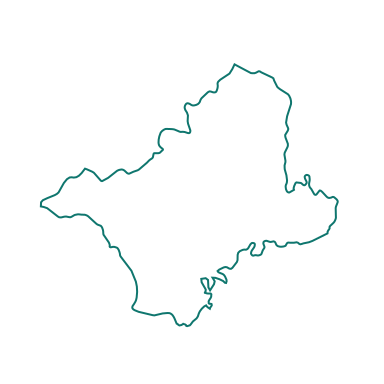 the Region of Ivano-Frankivs'k, rotated 101°
{"feature_id": "UKR-289", "entity_name": "Ivano-Frankivs'k", "entity_type": "Region", "adm_level": 1, "iso_a3": "UKR", "parent_name": "Ukraine", "parent_adm1": "", "projection": "natural_earth1", "projection_center": [24.645, 48.617], "detail": "fine", "context": "isolated", "style": "outline", "palette": "teal", "viewbox_px": 384, "rotation_deg": 101, "n_neighbors": 0, "source": "natural_earth", "source_scale": "10m", "svg_char_len": 6012}
<svg xmlns="http://www.w3.org/2000/svg" viewBox="0 0 384 384"><g transform="rotate(101 192 192)"><path d="M235.0,337.6L230.9,338.2L228.5,336.8L225.6,332.8L221.3,326.2L219.7,324.3L217.9,322.9L207.6,319.5L203.3,317.2L201.1,314.9L200.5,312.9L200.4,310.8L199.5,308.3L197.6,306.1L194.4,303.9L189.5,301.5L189.8,299.5L191.1,293.9L191.8,292.0L198.3,283.6L198.5,282.8L198.4,282.2L194.1,277.0L185.5,269.6L184.7,268.5L184.2,267.7L183.6,266.2L183.3,265.3L183.3,264.4L183.4,263.7L183.8,262.5L185.8,259.3L186.1,258.2L186.1,257.6L185.9,257.0L183.3,253.4L181.0,249.4L180.0,248.3L171.8,241.8L169.3,240.2L168.0,239.1L166.9,237.9L166.1,237.3L165.2,237.0L162.0,237.0L161.4,236.8L161.1,236.4L160.3,232.4L159.9,231.5L159.3,230.8L157.9,229.9L156.5,228.8L156.0,228.6L155.5,228.8L155.2,229.2L154.1,231.3L153.4,232.2L152.6,233.1L151.1,233.9L149.8,234.3L147.0,234.7L143.7,234.7L139.9,234.1L139.0,233.7L138.0,233.1L136.5,231.8L135.7,230.8L135.2,230.0L135.0,229.4L134.2,224.5L134.0,222.6L134.0,221.2L134.8,217.2L135.1,215.9L135.2,214.6L134.6,212.3L134.6,211.7L134.5,210.6L134.9,207.4L134.8,206.2L134.4,205.6L133.8,205.3L133.1,205.2L132.5,205.3L131.8,205.4L125.7,208.9L123.3,209.8L117.6,210.6L115.0,212.1L112.9,214.1L111.4,215.0L110.2,215.4L109.3,215.4L108.4,215.3L107.0,214.8L106.3,214.3L105.9,213.7L105.7,213.1L105.8,211.8L106.1,210.6L106.6,209.5L106.9,208.2L106.8,207.2L106.5,206.2L105.7,204.5L104.6,203.0L103.2,202.0L102.0,201.5L100.4,201.3L99.3,201.0L98.1,200.5L91.1,195.5L90.4,194.7L89.9,194.0L89.8,192.7L90.1,190.6L90.1,189.7L89.8,188.4L89.3,187.7L88.7,187.3L87.3,187.0L85.7,186.8L84.1,186.8L82.7,187.0L80.8,187.6L79.8,187.6L78.7,187.3L76.4,185.7L68.6,177.8L63.7,175.9L58.6,174.6L64.0,156.9L63.9,155.5L63.4,153.2L62.5,151.7L61.3,150.3L60.7,149.4L60.7,148.6L60.8,148.0L61.3,146.9L64.3,135.2L64.9,133.8L67.0,132.6L72.5,128.4L73.3,127.2L74.3,125.2L77.6,116.8L77.9,116.2L79.1,114.9L81.3,113.3L83.5,112.3L84.8,111.9L86.8,111.6L99.5,113.1L105.9,112.9L107.9,112.0L110.6,110.1L111.5,109.6L112.2,109.5L113.6,109.7L118.2,111.4L119.2,111.2L120.7,110.6L126.4,107.1L128.4,106.7L129.9,106.9L135.4,108.4L136.2,108.5L137.7,108.4L143.6,106.2L145.0,106.0L148.2,106.2L150.9,105.6L152.2,105.2L157.6,102.5L162.5,100.9L164.7,100.7L166.2,100.9L166.7,101.1L167.7,101.2L168.9,101.1L171.3,100.3L172.5,99.5L173.3,98.9L173.9,97.8L174.0,97.2L174.0,96.6L173.7,96.1L170.4,92.3L168.9,93.0L166.5,92.8L163.6,92.1L162.7,91.4L162.4,87.5L162.4,86.9L162.6,86.2L163.6,84.6L163.9,83.9L164.0,83.2L163.8,82.7L163.5,82.3L163.0,82.0L161.9,81.4L161.3,81.2L160.6,81.3L159.9,81.6L157.3,83.6L156.2,84.1L155.6,84.3L154.9,84.2L154.3,83.9L153.9,83.5L153.5,83.1L153.3,82.5L153.3,81.7L153.5,80.7L153.9,80.1L154.4,79.7L157.0,78.9L158.4,78.7L161.1,78.7L162.8,78.4L164.3,77.7L165.2,76.9L166.4,75.4L170.5,71.9L171.1,71.2L171.2,70.6L171.2,70.0L170.9,69.6L170.4,69.2L166.5,67.2L166.1,66.8L166.2,65.8L167.0,64.3L170.8,59.1L171.5,57.9L171.7,56.6L171.6,56.0L171.0,54.4L170.0,53.0L169.9,52.4L170.0,51.6L170.5,50.6L171.6,48.7L172.4,47.8L173.1,47.3L173.7,47.1L174.5,47.1L178.9,47.9L180.3,47.9L189.9,45.8L191.4,45.9L192.8,46.2L194.1,46.6L195.2,47.2L198.0,49.2L198.6,49.7L199.6,50.2L200.2,50.3L201.4,50.0L202.6,50.3L203.6,50.9L204.4,51.1L205.0,51.3L206.8,51.1L217.0,64.4L219.0,67.6L221.2,72.9L221.8,73.9L222.6,75.5L222.6,76.2L222.5,76.8L221.8,77.8L221.6,78.4L221.4,79.7L222.4,82.4L223.0,85.5L223.3,88.0L223.7,88.5L224.2,89.0L226.9,89.9L227.4,90.6L228.0,91.7L228.5,93.2L228.8,94.4L228.9,95.7L228.8,97.0L228.7,97.7L228.1,98.7L227.7,99.2L225.8,100.5L225.4,100.9L225.1,101.4L225.0,101.9L224.9,102.5L225.1,103.0L226.0,105.1L226.1,105.7L226.0,107.1L225.7,109.1L225.7,109.8L226.1,110.9L226.8,111.8L227.5,112.2L228.6,112.2L229.3,112.0L231.4,110.7L232.0,110.4L232.6,110.3L233.3,110.4L235.7,111.4L239.5,112.0L240.2,112.4L240.7,113.0L241.4,114.2L241.7,115.0L241.8,115.8L241.8,117.1L241.9,117.7L242.1,118.3L242.6,119.3L242.8,119.8L242.8,120.4L242.6,120.9L241.9,121.8L241.4,122.2L240.9,122.4L239.5,122.4L238.1,122.1L234.5,120.5L233.1,120.2L231.6,120.3L231.0,120.5L230.6,120.9L230.4,121.5L230.4,122.7L230.8,123.7L232.3,124.7L236.4,126.1L237.5,126.8L238.3,127.9L238.6,129.9L239.2,131.3L241.0,133.8L242.8,135.0L245.0,135.2L250.2,134.3L252.2,134.6L258.8,137.9L260.0,139.1L260.1,140.7L259.2,143.4L259.3,145.0L260.0,146.5L263.0,150.5L264.7,151.8L265.7,150.8L266.2,148.8L266.5,147.0L266.9,145.6L267.6,144.5L268.7,143.4L271.4,141.5L272.9,141.0L274.8,141.2L274.8,142.4L273.5,144.3L272.4,148.3L271.8,152.7L272.2,155.5L275.3,152.7L278.3,152.8L285.1,155.5L282.5,157.7L275.3,159.5L274.0,162.1L275.5,166.3L278.8,165.3L285.1,159.9L287.1,159.7L288.1,160.2L288.5,160.1L288.7,157.7L288.4,155.7L288.1,154.3L288.7,153.5L291.2,153.2L292.8,153.6L294.4,154.3L296.1,154.8L298.1,154.3L298.4,153.6L298.2,152.5L298.2,151.5L299.3,151.0L300.2,151.2L302.1,152.1L303.2,152.2L302.2,154.5L301.5,155.6L300.6,156.5L302.0,158.2L304.7,160.1L307.6,161.5L309.8,162.1L313.0,162.5L315.2,163.4L318.9,166.4L322.4,168.1L323.3,168.7L324.6,171.2L324.5,172.1L323.7,172.6L323.3,173.6L323.2,175.2L323.1,175.5L323.4,175.7L324.6,177.0L325.4,178.9L325.0,180.1L324.3,181.0L324.2,181.9L319.4,185.1L317.9,186.3L316.7,187.5L316.1,188.3L315.5,189.6L315.3,190.4L315.2,191.1L315.5,193.1L316.8,197.6L320.3,205.4L320.4,207.2L319.8,221.5L319.0,225.6L318.5,227.0L317.9,227.9L317.3,228.4L316.6,228.6L315.9,228.6L315.2,228.5L312.9,227.5L310.3,226.6L308.8,226.3L306.2,226.2L300.5,226.8L295.3,228.1L290.7,230.0L280.9,236.4L268.8,249.9L267.7,250.6L266.3,251.0L264.5,251.9L262.6,253.1L261.8,253.9L261.2,254.6L261.0,255.2L260.8,256.5L260.7,257.9L260.9,259.1L261.8,261.2L261.7,262.0L261.3,262.4L259.9,262.6L258.8,263.1L257.4,264.0L250.9,270.6L250.4,270.9L249.8,271.1L247.5,271.7L246.2,272.2L244.0,273.5L243.1,274.4L242.6,275.1L242.0,278.6L241.4,279.9L235.7,289.2L235.2,290.4L234.9,291.8L234.8,293.0L235.3,296.0L235.5,298.6L235.7,299.8L236.8,302.5L237.1,303.0L239.3,305.5L239.9,306.4L240.1,307.6L240.1,311.0L240.3,311.6L240.6,312.7L241.8,315.3L242.1,316.5L242.1,317.1L242.1,317.8L241.6,319.1L235.5,331.1L235.0,334.7L235.0,337.6Z" fill="none" stroke="#0f766e" stroke-width="2"/></g></svg>